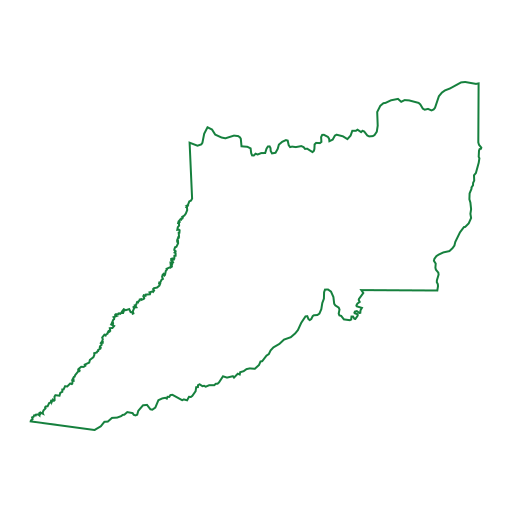 Eirunepé, Amazonas, Brazil
{"feature_id": "56859067B78365378288365", "entity_name": "Eirunepé", "entity_type": "district", "adm_level": 2, "iso_a3": "BRA", "parent_name": "Brazil", "parent_adm1": "Amazonas", "projection": "natural_earth1", "projection_center": [-70.397, -7.041], "detail": "fine", "context": "isolated", "style": "outline", "palette": "green", "viewbox_px": 512, "rotation_deg": 0, "n_neighbors": 0, "source": "geoboundaries", "source_scale": "gbopen_adm2", "svg_char_len": 6049}
<svg xmlns="http://www.w3.org/2000/svg" viewBox="0 0 512 512"><path d="M94.5,430.0L100.8,426.3L104.4,421.8L107.8,421.6L112.0,417.9L117.1,417.6L121.2,416.1L122.7,414.9L124.3,414.7L127.3,412.1L132.6,413.1L133.7,414.8L135.5,415.4L137.2,414.7L138.3,410.8L143.0,405.3L147.0,404.9L150.4,409.3L152.3,409.7L155.3,407.6L158.4,400.2L162.3,398.4L165.3,397.8L166.8,398.6L167.5,396.8L169.3,396.9L170.4,395.1L172.4,394.8L182.2,400.2L183.8,399.4L187.1,400.3L189.0,396.8L190.8,397.0L192.3,395.9L195.6,391.2L196.2,387.2L197.9,387.1L198.0,385.2L199.6,384.3L202.5,386.2L204.1,385.8L205.7,386.7L209.2,385.2L214.3,385.2L215.7,383.8L217.6,383.7L219.0,382.4L223.0,376.3L227.0,377.6L232.9,376.2L234.0,377.6L237.8,373.7L239.7,374.5L240.2,372.2L243.6,371.2L246.5,369.1L249.8,368.4L254.8,368.8L259.0,365.0L260.5,361.5L262.2,361.2L266.5,355.6L268.8,354.1L270.6,350.4L273.4,347.4L279.4,343.9L284.0,339.6L290.8,337.2L295.2,333.4L297.9,330.1L301.3,322.7L305.5,316.4L307.3,316.2L308.4,319.0L309.7,320.1L311.3,319.0L312.7,316.1L313.8,315.3L317.4,315.0L319.4,313.6L321.3,309.2L322.3,303.0L323.9,298.7L324.1,292.2L325.0,289.6L328.0,289.5L331.0,291.6L333.4,297.0L334.2,303.8L335.3,305.4L338.7,307.6L339.5,309.5L338.7,313.6L339.4,315.4L341.2,315.9L343.9,319.4L349.8,320.2L351.2,319.5L351.5,316.5L353.0,316.5L354.4,318.8L355.3,319.0L357.4,316.1L357.8,315.0L357.3,314.1L355.0,313.4L354.4,312.8L354.9,311.6L356.8,311.1L359.4,313.0L360.3,312.8L360.5,310.3L361.9,307.9L356.7,306.3L356.4,305.4L357.4,303.6L359.7,301.9L358.7,299.9L359.0,298.9L363.3,293.0L361.3,290.1L437.3,290.5L438.0,286.2L437.8,284.1L436.8,282.2L436.9,280.3L438.6,274.6L438.3,272.6L435.9,269.7L435.4,267.7L435.7,263.6L433.9,260.8L434.4,258.8L436.4,256.1L438.7,254.6L443.4,252.4L449.4,251.1L452.5,248.2L454.4,245.6L455.3,241.9L460.0,232.3L463.9,227.1L465.2,226.9L468.7,223.4L471.1,218.0L470.4,213.8L471.1,209.2L470.4,202.6L469.4,199.3L469.6,193.4L471.5,188.8L471.5,187.4L473.0,185.3L473.1,182.9L474.2,180.6L474.0,175.3L475.9,173.0L478.7,162.8L479.4,158.3L478.7,156.8L479.0,150.7L479.6,149.1L481.0,148.7L481.3,147.6L479.0,144.8L478.3,142.4L478.6,83.4L476.0,83.9L465.2,82.0L461.1,82.4L449.9,88.5L445.0,90.4L441.9,92.6L438.9,96.2L435.0,107.8L433.6,109.5L431.5,110.4L428.0,108.9L424.7,109.7L422.8,108.6L420.3,104.4L418.6,102.9L409.1,100.4L404.6,100.1L401.2,101.8L398.0,98.9L391.0,100.3L385.5,102.9L383.4,103.2L380.3,105.8L377.2,112.0L377.7,125.7L376.8,131.7L374.5,135.1L372.8,136.1L369.2,136.4L367.3,135.5L364.2,131.5L362.5,130.8L361.1,132.1L357.5,129.7L355.9,130.8L352.3,130.8L350.6,135.6L347.4,139.1L342.9,136.3L336.6,134.7L334.9,135.6L332.7,139.6L329.4,141.2L329.1,138.7L327.9,136.9L323.9,134.8L322.2,134.9L321.1,137.1L321.4,141.9L319.9,143.1L316.1,142.9L314.6,144.4L314.4,148.9L313.9,150.8L312.5,152.1L307.2,148.7L305.0,148.9L303.6,147.1L301.3,146.1L295.8,147.1L292.1,146.6L290.1,147.1L288.7,145.2L287.7,140.6L285.9,140.1L282.2,141.8L278.9,144.6L277.7,148.9L275.5,152.8L272.0,153.4L270.7,151.0L270.5,148.1L269.6,146.4L267.9,146.5L266.5,148.7L265.2,153.0L261.2,153.1L257.6,154.5L255.6,153.7L253.8,155.5L252.1,155.4L251.2,153.2L250.6,148.4L247.4,146.8L241.5,146.3L240.8,138.8L240.0,137.4L238.2,136.1L234.0,135.6L225.4,138.3L221.5,137.5L215.2,134.6L212.0,129.5L207.5,127.3L204.2,133.7L202.4,142.8L201.3,144.4L197.5,145.7L189.6,142.7L192.1,198.6L191.0,200.6L189.3,201.4L187.9,205.0L186.8,205.7L187.6,206.0L186.4,207.3L187.0,207.7L187.2,210.1L185.8,213.6L184.3,215.6L182.3,216.8L182.8,217.7L182.4,218.5L181.4,218.5L181.1,219.6L180.4,219.3L179.0,221.0L179.7,222.0L179.2,222.5L178.4,222.1L178.1,223.2L179.0,223.5L179.1,225.6L177.8,227.2L177.3,229.8L178.8,229.6L179.6,230.2L179.4,232.7L178.7,232.8L179.0,236.3L178.2,237.2L178.8,237.8L177.4,239.3L177.1,241.0L177.3,241.7L178.0,241.3L178.1,243.3L176.4,246.8L175.1,247.2L174.3,249.4L174.4,250.3L175.6,251.2L174.6,252.6L175.6,253.1L175.6,255.7L174.4,255.8L174.3,258.7L173.8,259.6L172.8,259.5L173.4,258.7L172.5,258.5L172.2,259.3L171.9,258.7L171.2,258.9L171.2,260.2L172.1,260.6L172.9,262.1L171.1,262.4L172.4,263.7L172.1,264.3L170.6,263.7L170.8,265.6L171.8,265.6L171.9,266.6L170.3,267.7L169.7,267.4L166.6,268.8L166.9,269.6L165.8,270.9L165.0,274.9L164.4,275.5L163.6,273.9L162.7,274.7L162.1,276.8L162.9,278.9L161.6,279.7L160.2,282.6L159.3,282.5L159.1,283.5L160.1,283.8L159.4,285.6L157.0,287.6L153.9,288.2L153.1,289.1L154.1,290.5L153.1,291.9L152.5,291.4L149.7,292.3L150.3,292.9L149.9,294.3L145.7,294.6L145.5,295.8L143.8,295.2L143.3,296.2L144.3,298.1L143.8,298.9L141.6,299.8L141.2,299.1L139.7,299.5L139.6,300.6L138.4,301.3L138.1,302.4L137.1,302.1L136.1,304.9L134.9,305.3L136.3,307.3L135.5,307.4L134.8,306.4L133.5,307.1L134.0,308.6L132.8,311.3L133.4,313.4L132.7,313.7L132.2,312.1L130.6,312.1L129.2,309.1L125.7,310.2L123.8,309.2L122.7,310.6L124.0,310.7L123.1,313.0L122.2,313.0L121.8,312.1L120.3,313.8L119.3,313.3L118.6,313.4L118.4,314.3L115.8,314.2L115.2,314.7L115.2,315.6L116.3,316.1L113.7,317.1L114.3,317.6L114.1,319.2L113.3,319.7L112.0,322.7L112.8,322.2L113.1,323.3L112.9,324.2L111.8,324.8L114.1,326.0L112.4,328.0L109.8,328.2L110.2,330.9L109.6,331.4L108.6,331.0L108.2,331.7L108.7,332.1L107.7,332.6L107.6,333.6L106.0,334.6L105.6,335.5L104.4,334.7L102.2,337.5L102.8,339.3L102.1,341.3L102.8,341.8L102.7,342.7L101.3,342.4L100.8,343.1L101.6,343.7L101.6,344.9L100.0,346.3L99.8,347.3L100.7,347.8L100.4,348.6L98.2,349.9L98.2,351.0L97.2,351.5L96.8,352.5L94.2,353.2L94.4,354.8L93.4,357.2L89.9,359.9L89.2,362.6L84.8,364.6L85.4,365.7L83.6,366.9L81.2,366.8L78.4,369.1L78.2,369.8L79.6,370.4L79.4,371.2L78.2,371.4L75.2,375.1L74.6,376.7L73.8,377.0L72.5,379.5L73.5,379.4L73.6,380.9L72.5,380.9L72.3,383.6L71.8,384.1L70.2,383.5L67.2,386.5L65.1,386.2L63.6,389.4L62.3,389.5L62.3,391.8L60.3,392.8L59.5,395.7L55.4,395.2L54.5,396.6L54.6,400.2L53.9,400.8L52.7,399.7L51.9,401.6L51.8,400.7L51.1,400.7L50.7,402.5L49.1,403.1L47.6,406.3L45.7,406.5L45.1,407.3L45.5,408.4L43.5,410.4L42.6,413.0L42.9,413.7L41.0,412.8L40.5,413.6L40.1,412.6L39.4,413.0L39.4,415.4L38.2,414.4L35.8,414.7L35.6,415.5L34.2,415.3L33.5,416.8L32.1,417.4L32.6,419.1L30.9,420.5L30.7,421.4L94.5,430.0Z" fill="none" stroke="#15803d" stroke-width="2"/></svg>